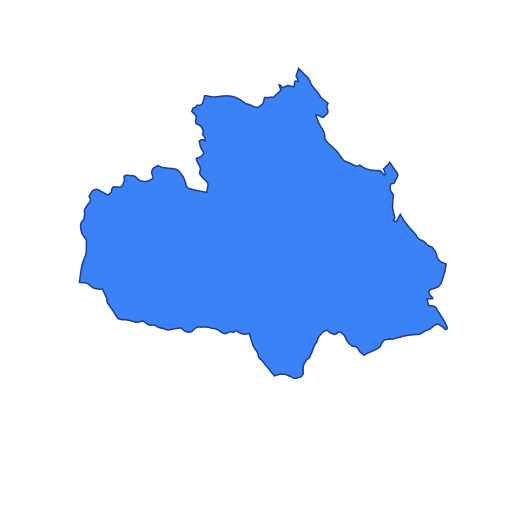 outline of Song Cong, Thái Nguyên, Vietnam, rotated 328°
{"feature_id": "81297802B66276855595229", "entity_name": "Song Cong", "entity_type": "district", "adm_level": 2, "iso_a3": "VNM", "parent_name": "Vietnam", "parent_adm1": "Thái Nguyên", "projection": "equal_earth", "projection_center": [105.825, 21.486], "detail": "fine", "context": "isolated", "style": "filled", "palette": "blue", "viewbox_px": 512, "rotation_deg": 328, "n_neighbors": 0, "source": "geoboundaries", "source_scale": "gbopen_adm2", "svg_char_len": 6146}
<svg xmlns="http://www.w3.org/2000/svg" viewBox="0 0 512 512"><g transform="rotate(328 256 256)"><path d="M419.0,247.3L417.4,248.1L415.4,248.7L413.6,248.9L412.3,249.5L410.4,249.6L409.6,253.9L408.7,255.4L407.9,255.7L407.5,254.9L407.1,251.6L406.3,249.4L404.9,248.2L404.0,247.8L398.9,244.0L395.3,240.1L393.7,237.6L393.0,235.3L391.9,233.7L390.9,233.8L389.2,233.4L388.0,232.2L383.7,225.3L381.5,222.5L380.9,221.0L380.6,218.7L380.5,215.9L380.2,210.8L379.7,208.3L379.0,206.4L378.8,204.8L376.8,197.9L376.5,194.9L376.5,193.8L376.8,192.6L378.4,189.6L379.2,187.0L379.5,183.9L379.5,181.1L379.6,177.8L380.1,174.3L381.3,168.4L381.6,168.1L381.8,168.1L382.3,168.3L385.5,173.1L386.4,173.9L387.5,173.9L391.6,173.0L393.3,172.0L394.3,170.0L395.1,166.9L398.0,164.6L395.4,157.2L395.0,155.2L395.1,151.8L394.9,149.1L393.9,142.7L393.8,140.0L394.0,138.3L394.6,135.2L394.5,132.0L393.4,128.0L391.5,119.5L390.7,120.4L385.4,124.5L384.9,129.5L384.5,130.2L383.8,130.1L382.7,128.8L382.0,128.5L380.9,128.9L379.3,131.2L378.0,132.5L377.2,132.0L373.9,128.7L372.9,128.1L368.0,127.5L367.4,126.5L367.3,124.7L367.0,123.7L366.2,123.2L365.5,126.0L365.2,128.5L361.9,129.3L358.5,129.8L355.2,130.7L354.7,130.5L353.6,129.6L349.3,127.6L347.6,126.2L346.6,126.6L343.8,129.7L342.1,130.5L338.9,131.0L336.0,130.8L334.9,130.2L333.4,128.4L331.7,125.6L330.4,123.8L328.2,121.6L327.7,120.8L327.0,118.7L325.1,114.6L323.8,112.4L322.2,110.0L319.8,107.5L317.1,105.3L313.0,102.9L304.5,98.9L302.1,97.0L298.0,93.1L297.5,92.9L297.2,93.0L296.9,93.2L296.4,93.9L294.4,95.9L291.2,98.4L289.9,98.8L288.4,98.6L286.2,97.0L285.8,96.9L285.1,97.1L283.5,98.0L281.3,97.1L280.1,98.0L278.4,98.9L278.2,99.6L279.5,105.4L279.1,106.4L276.1,109.6L275.5,111.2L275.5,112.4L277.4,115.1L277.9,116.5L278.0,118.6L277.7,122.0L276.7,123.2L275.6,123.7L275.1,124.7L275.3,127.0L275.3,128.3L274.9,129.7L273.7,131.4L272.8,129.5L271.2,128.4L269.7,128.4L268.6,128.6L266.6,134.4L266.4,136.7L266.5,139.8L266.3,140.7L266.1,141.2L263.1,142.3L261.9,142.6L260.5,142.4L257.6,141.7L257.2,141.8L256.5,142.5L256.2,144.2L255.8,150.1L255.5,151.8L254.5,153.3L252.6,155.2L251.9,156.2L251.8,158.0L252.0,160.0L253.5,166.6L253.6,168.5L253.4,169.6L252.7,170.7L247.9,176.0L239.9,168.5L234.5,162.8L234.1,161.4L234.0,159.8L235.0,156.7L236.2,150.8L236.0,147.0L235.6,143.4L234.4,140.3L232.4,138.3L223.5,131.5L221.6,128.6L220.4,127.2L215.5,127.1L213.9,127.8L211.9,129.6L211.2,131.2L210.9,133.3L210.6,134.5L209.9,135.5L207.3,135.6L203.7,135.0L201.1,134.0L198.5,131.7L196.8,129.2L196.3,127.3L196.0,125.3L195.2,123.6L189.3,119.0L187.1,118.3L186.2,118.7L185.7,119.5L184.4,122.3L182.2,124.0L179.7,125.5L177.4,126.0L174.8,123.8L171.5,121.8L170.7,122.0L169.1,123.0L166.9,125.3L164.4,125.7L163.0,125.7L161.8,124.6L160.3,121.6L157.0,115.7L154.8,114.3L151.9,114.0L146.1,116.9L146.0,118.5L145.6,120.2L144.8,121.5L144.0,122.0L141.1,123.0L137.2,124.7L135.2,125.9L134.5,126.7L132.4,130.4L130.0,133.2L128.6,133.9L125.8,134.9L124.1,136.3L122.7,138.2L121.3,141.4L120.3,144.8L120.2,146.0L120.6,149.9L120.6,152.1L120.0,153.7L115.6,160.5L113.6,163.4L111.8,165.1L104.1,170.9L98.4,177.3L92.3,184.8L94.7,186.7L97.2,188.4L98.2,189.5L99.1,191.3L100.1,194.5L100.8,196.4L101.7,197.7L103.2,199.2L105.8,201.3L108.3,202.6L107.1,212.3L106.7,213.3L106.1,214.5L105.4,216.3L105.2,217.3L105.7,227.5L105.7,231.2L105.8,232.8L105.6,234.8L105.8,235.7L106.8,237.3L109.7,239.8L111.7,241.0L114.8,243.8L116.7,245.7L117.5,246.9L118.5,248.1L119.8,248.9L121.6,249.9L124.4,250.6L125.6,251.4L126.5,252.8L127.7,255.9L128.1,256.9L128.7,257.8L129.9,258.9L131.2,259.4L133.3,260.9L134.2,262.0L134.7,263.6L135.7,265.0L137.1,266.7L138.7,267.9L141.3,271.5L142.8,272.4L149.1,274.9L153.8,277.0L154.3,277.6L156.1,282.6L157.7,284.3L159.9,285.7L161.3,285.9L164.2,285.5L165.1,285.2L167.3,285.1L169.8,285.7L171.4,287.0L176.0,289.7L178.0,291.4L180.5,294.2L182.4,295.6L183.6,296.9L184.3,298.0L187.1,303.8L188.1,305.0L189.9,306.0L193.7,306.2L195.1,307.5L195.9,308.6L196.5,308.9L198.4,308.7L199.0,308.7L199.5,308.9L200.3,310.1L200.7,311.2L202.3,313.9L203.7,315.3L205.1,316.3L209.2,318.3L207.4,325.1L206.1,330.4L206.0,331.6L205.9,333.5L205.9,334.9L206.2,336.4L206.1,338.6L205.7,340.3L204.8,342.4L204.7,343.2L204.8,345.0L205.1,346.1L205.5,347.1L205.7,347.9L206.4,354.4L206.7,355.9L207.4,362.4L207.9,365.7L208.0,367.4L210.5,367.9L214.1,369.2L217.9,371.6L221.4,376.5L223.1,379.5L225.5,381.1L230.6,382.3L233.3,381.2L237.4,374.8L240.4,372.4L244.5,370.8L247.0,370.7L251.9,367.6L257.9,363.0L262.1,361.0L266.1,357.8L270.4,356.5L272.8,355.9L275.5,356.1L277.0,356.8L278.2,360.3L280.6,363.8L281.8,364.4L283.8,364.5L286.5,364.5L286.8,364.6L287.1,365.0L287.3,365.7L288.3,367.9L288.7,369.5L288.8,371.7L288.4,373.2L288.2,375.7L288.2,377.1L288.5,378.3L288.6,379.8L289.1,381.6L289.8,383.3L291.1,384.7L292.2,385.3L292.7,385.9L292.9,386.4L293.3,388.1L293.4,392.5L293.7,393.5L294.5,395.6L294.8,397.0L295.0,397.4L298.8,397.5L304.8,398.4L309.4,398.9L311.7,398.9L313.0,398.7L314.7,397.7L316.5,396.4L319.0,395.5L320.5,395.3L323.5,396.4L328.0,398.9L330.1,399.7L332.3,400.0L334.2,401.0L338.0,401.9L343.1,403.9L347.4,405.9L350.9,407.9L353.4,409.0L354.9,409.2L360.6,409.2L362.9,409.8L365.2,410.1L369.1,409.5L372.2,409.5L373.7,409.9L374.7,410.9L376.7,414.7L377.4,418.1L378.2,419.1L379.2,419.0L380.3,418.2L380.5,416.0L380.9,413.8L381.2,409.5L381.1,401.4L381.2,394.6L380.9,393.9L379.9,392.5L378.3,391.0L376.0,389.3L377.0,387.0L378.0,383.2L383.4,385.7L383.5,383.5L383.1,383.5L382.9,380.2L383.4,378.0L384.0,377.5L384.9,377.2L385.8,377.0L387.5,377.1L389.4,377.8L393.9,378.6L395.9,378.3L398.5,377.3L408.0,369.3L413.0,363.6L410.0,359.5L409.2,357.6L408.8,355.4L408.8,353.5L409.3,351.9L409.8,350.7L410.5,346.4L410.2,344.4L410.2,342.5L409.8,341.4L408.9,340.5L407.7,338.7L406.9,336.9L406.8,335.5L406.1,332.6L402.9,327.5L402.7,325.4L402.9,323.0L401.1,312.6L400.2,304.9L400.3,299.8L400.5,297.1L393.1,301.3L391.3,298.9L394.1,296.9L396.2,290.5L397.1,288.3L397.9,286.5L402.4,280.2L404.9,277.2L405.0,276.5L404.7,274.8L404.7,273.1L404.8,271.9L405.6,269.6L406.7,268.0L407.7,267.0L408.8,266.4L409.4,266.4L410.6,267.2L411.4,267.4L412.9,266.7L415.0,265.3L416.5,264.6L418.2,263.4L419.3,262.3L419.6,261.3L419.7,260.5L419.0,247.3Z" fill="#3b82f6" stroke="#1e3a8a" stroke-width="1.5"/></g></svg>